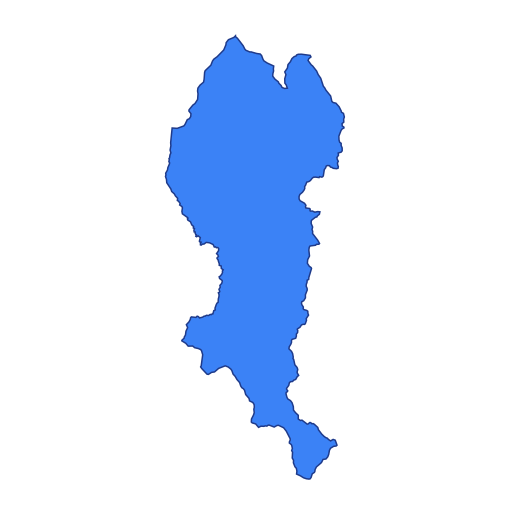 Chachagüí, Nariño, Colombia, rotated 185°
{"feature_id": "7082276B70460159125708", "entity_name": "Chachagüí", "entity_type": "district", "adm_level": 2, "iso_a3": "COL", "parent_name": "Colombia", "parent_adm1": "Nariño", "projection": "albers", "projection_center": [-77.277, 1.404], "detail": "fine", "context": "isolated", "style": "filled", "palette": "blue", "viewbox_px": 512, "rotation_deg": 185, "n_neighbors": 0, "source": "geoboundaries", "source_scale": "gbopen_adm2", "svg_char_len": 6084}
<svg xmlns="http://www.w3.org/2000/svg" viewBox="0 0 512 512"><g transform="rotate(185 256 256)"><path d="M322.5,165.0L318.3,162.9L315.7,160.3L311.2,160.8L309.1,159.3L305.4,158.8L303.1,158.0L302.1,157.1L300.5,153.0L301.0,141.9L301.5,140.7L300.2,139.1L294.5,134.0L293.1,133.9L290.1,136.2L287.2,136.9L283.4,140.8L277.1,143.9L274.0,143.0L271.3,141.2L270.1,139.8L268.5,136.3L266.3,134.3L264.2,131.3L261.3,128.5L259.9,125.2L258.7,123.6L256.9,122.6L255.7,121.2L254.2,117.1L250.5,113.5L249.8,111.1L246.4,109.8L244.9,107.8L244.5,105.2L244.8,103.2L244.1,99.7L244.7,97.2L246.3,93.2L246.2,90.2L245.2,89.4L241.7,88.7L238.5,85.5L236.2,86.9L233.3,87.0L232.0,87.6L230.3,87.5L229.2,88.5L228.2,88.7L223.0,87.2L220.3,89.0L218.8,89.3L213.5,87.3L210.6,84.2L206.0,76.9L205.9,75.5L206.5,74.0L206.5,72.6L204.5,71.3L203.9,70.4L203.0,67.4L203.5,65.2L202.5,63.8L202.3,57.9L200.8,55.8L200.7,53.2L198.8,49.4L197.3,48.0L196.5,45.2L196.6,42.3L192.6,40.9L189.3,39.2L186.4,38.5L183.8,38.4L182.7,38.7L181.8,40.2L181.0,43.9L179.0,45.5L178.6,46.4L178.5,48.5L177.4,51.2L172.8,55.9L171.5,59.2L168.6,59.9L167.0,62.2L166.3,64.7L165.9,68.8L165.0,71.0L162.0,73.2L159.6,73.7L158.8,74.6L161.0,79.4L163.2,80.0L165.6,78.3L167.9,79.6L169.0,80.7L170.5,81.1L172.3,82.1L175.0,84.3L178.7,88.4L179.5,90.6L183.3,93.5L184.4,94.0L185.8,93.8L187.0,94.8L187.9,94.8L189.6,93.1L190.4,93.0L195.9,96.5L197.4,96.0L199.7,97.3L200.0,101.0L202.9,103.3L205.2,105.7L205.7,109.3L207.3,113.0L209.0,114.9L211.9,116.4L212.9,118.0L214.1,121.4L214.0,122.8L213.0,123.5L212.6,124.4L213.9,125.9L214.0,126.8L212.1,129.9L211.7,132.7L210.6,133.8L208.6,134.2L207.7,135.5L205.7,136.5L204.5,139.2L203.1,140.8L204.8,143.2L204.9,144.4L204.5,146.4L205.0,147.8L205.5,148.7L207.8,151.0L209.5,156.4L210.2,156.9L210.1,158.6L211.0,161.9L212.3,164.1L215.1,166.4L215.0,168.4L213.6,171.2L213.1,173.1L213.3,175.0L212.8,176.1L209.3,177.5L208.8,179.6L209.0,181.8L207.9,183.3L207.9,185.4L208.5,186.3L208.4,187.0L206.0,188.8L204.7,191.3L203.0,192.1L201.7,192.1L201.0,192.8L200.1,196.3L200.5,198.0L198.5,201.7L199.3,203.4L199.6,205.5L200.7,206.2L203.6,206.8L204.4,207.5L204.4,209.3L206.1,211.5L206.6,213.0L206.4,214.4L204.6,215.6L203.1,218.6L203.4,221.7L202.0,226.6L202.3,228.3L203.4,230.3L203.4,232.4L202.9,234.0L202.9,236.4L201.5,237.2L201.5,239.2L199.6,248.4L200.1,249.3L202.0,250.4L204.2,253.2L204.2,256.8L202.7,260.7L203.9,266.6L203.7,269.4L203.0,270.7L197.6,271.9L196.8,272.9L194.4,273.2L193.8,274.0L195.9,277.1L201.6,283.3L201.7,285.6L202.5,287.2L202.1,289.8L203.9,293.2L204.0,295.8L203.5,296.7L200.2,299.8L198.8,300.2L198.3,301.4L196.5,303.1L196.2,305.6L198.5,305.6L201.2,304.8L203.7,305.7L205.8,305.5L206.2,306.2L206.1,307.4L206.8,308.0L210.5,308.2L211.0,309.3L210.7,310.9L212.3,312.8L216.9,314.9L218.0,316.5L218.3,318.9L217.7,321.1L215.3,323.5L213.9,325.8L213.3,327.5L213.6,329.5L212.9,330.5L211.9,334.0L209.8,334.8L208.4,335.9L206.7,338.5L205.5,339.5L203.5,339.8L200.0,339.6L199.6,340.6L197.2,340.3L196.2,341.1L195.9,341.9L195.5,348.0L194.3,349.9L193.9,351.7L192.9,352.3L190.7,352.4L189.6,351.1L187.7,350.7L186.8,350.1L183.3,350.0L181.9,350.6L181.8,352.5L182.4,353.3L183.0,355.8L182.3,357.5L183.6,359.6L183.9,361.3L182.6,363.5L183.1,365.7L180.2,366.9L179.3,368.3L179.6,371.2L180.8,373.5L181.0,375.7L182.5,376.5L183.4,378.8L183.9,382.6L182.2,388.5L181.3,390.0L179.5,391.3L179.8,392.2L181.4,393.0L181.8,395.4L180.2,397.0L180.6,400.0L180.1,402.2L181.3,405.7L183.4,406.7L183.7,407.8L186.2,411.9L189.7,415.2L192.5,415.6L193.9,416.6L195.6,421.9L200.8,427.3L202.3,429.6L203.7,431.0L207.0,438.7L209.9,442.2L211.7,445.5L216.2,450.3L217.6,451.2L221.2,455.3L220.6,457.2L218.6,459.1L219.5,460.6L228.4,461.0L231.6,460.6L233.1,459.8L233.5,458.8L235.4,457.9L237.4,455.8L238.7,452.5L240.8,449.5L241.1,445.9L243.4,441.9L242.0,439.3L242.8,435.1L242.3,430.7L240.8,429.0L239.4,425.9L242.2,425.4L244.8,426.2L245.9,428.1L248.3,430.1L248.9,431.4L252.5,433.8L255.0,436.6L255.1,439.0L254.6,441.9L255.0,443.8L254.9,446.8L261.6,449.2L265.0,451.0L266.1,452.4L267.9,456.2L269.4,457.6L273.0,457.8L278.7,458.9L279.9,458.7L284.1,460.1L285.2,461.2L287.1,464.3L293.5,471.3L295.4,472.6L295.6,473.6L297.1,471.8L302.3,469.1L304.3,466.0L304.4,463.7L306.1,458.4L312.1,451.1L315.2,448.4L316.3,446.5L317.6,442.1L322.8,436.2L323.2,434.4L323.1,427.4L323.4,424.6L326.6,421.4L328.5,418.2L328.6,415.3L327.9,412.5L327.8,406.9L330.1,402.5L332.0,400.9L335.4,395.9L335.5,394.6L333.2,392.1L333.2,389.2L333.8,388.0L334.6,386.8L336.3,385.9L338.2,380.9L339.2,379.3L345.6,376.3L350.7,376.2L350.9,361.4L350.4,358.4L350.8,354.1L349.8,351.3L350.5,349.2L350.7,346.1L351.2,345.3L350.8,344.6L351.0,342.3L350.3,341.6L350.2,340.4L351.5,336.4L351.7,333.9L353.2,330.6L352.8,328.9L353.1,327.3L351.9,324.6L351.3,321.2L346.7,315.4L345.6,312.9L342.8,310.8L341.5,308.8L339.1,306.7L339.2,304.4L338.0,303.9L336.1,301.6L336.5,300.2L334.1,298.8L333.5,297.5L333.7,294.0L333.0,291.6L327.3,288.2L327.1,287.6L327.6,287.0L327.0,285.8L324.3,284.4L322.7,281.4L320.8,280.0L320.9,278.4L319.7,278.0L320.1,276.3L319.7,274.6L318.7,274.6L318.5,273.2L317.9,272.2L317.3,271.9L317.7,270.4L316.8,270.0L315.5,271.1L313.1,269.5L313.7,265.8L313.4,265.2L311.9,265.0L312.5,263.3L312.3,262.2L311.5,262.1L310.5,263.1L308.8,263.4L306.8,265.2L303.5,265.1L299.7,263.7L298.3,261.3L297.1,261.6L296.2,260.8L294.8,261.1L294.3,260.7L293.8,260.0L293.8,258.0L295.5,254.9L294.0,253.7L293.4,252.2L294.6,250.9L294.6,250.1L293.3,248.7L293.2,248.0L291.9,245.0L291.8,243.5L289.8,243.0L289.5,240.6L287.5,239.4L288.2,238.1L287.9,236.7L288.4,235.1L289.8,232.9L290.9,232.1L290.3,230.4L288.1,229.0L287.5,228.5L287.4,227.6L287.8,225.7L289.4,223.6L288.9,221.7L290.0,219.6L289.0,217.5L289.3,216.7L290.3,216.1L289.4,214.2L289.4,212.3L289.8,210.0L289.7,206.5L290.7,205.7L291.3,204.3L292.3,200.5L291.9,198.8L293.3,197.9L293.9,194.6L294.6,194.5L295.4,193.7L296.5,193.8L298.0,192.6L300.2,192.6L301.5,191.6L302.4,191.6L303.9,190.4L306.9,189.4L308.1,190.6L309.4,190.9L310.5,189.6L315.1,189.7L315.8,188.7L315.9,187.2L317.0,184.6L319.4,181.5L317.9,178.9L318.0,178.3L319.2,175.0L319.4,171.1L320.4,169.0L320.4,167.9L322.5,165.6L322.5,165.0Z" fill="#3b82f6" stroke="#1e3a8a" stroke-width="1.5"/></g></svg>